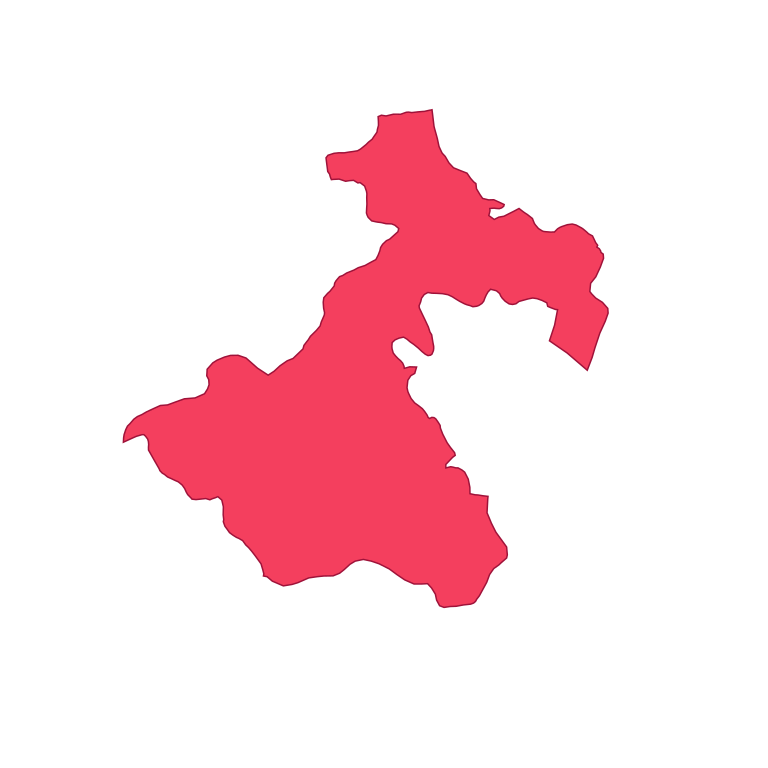 outline of Qalyub, Al Qalyubiyah, Egypt, rotated 240°
{"feature_id": "37247803B25886032732937", "entity_name": "Qalyub", "entity_type": "district", "adm_level": 2, "iso_a3": "EGY", "parent_name": "Egypt", "parent_adm1": "Al Qalyubiyah", "projection": "natural_earth1", "projection_center": [31.243, 30.207], "detail": "fine", "context": "isolated", "style": "filled", "palette": "rose", "viewbox_px": 768, "rotation_deg": 240, "n_neighbors": 0, "source": "geoboundaries", "source_scale": "gbopen_adm2", "svg_char_len": 5991}
<svg xmlns="http://www.w3.org/2000/svg" viewBox="0 0 768 768"><g transform="rotate(240 384 384)"><path d="M587.3,440.6L586.6,442.3L583.9,447.6L578.8,452.1L577.4,455.7L575.6,459.5L571.2,461.9L570.4,464.0L565.1,466.2L559.8,465.2L557.3,464.3L554.0,462.2L548.4,459.2L545.1,457.0L540.9,454.3L538.6,453.8L536.2,453.6L531.4,454.9L528.3,458.3L527.4,459.4L525.2,462.3L521.8,465.9L518.9,470.6L516.1,472.8L511.3,474.5L508.9,472.2L507.4,465.1L506.6,461.3L506.9,457.7L505.7,452.7L503.9,449.3L501.5,447.1L498.3,443.1L495.8,439.1L496.0,434.2L496.1,428.9L496.1,426.9L497.6,419.8L497.7,414.9L498.8,407.2L498.6,402.5L499.2,399.2L498.7,397.7L497.4,394.1L496.0,391.7L493.8,389.9L491.3,383.5L490.7,380.5L488.8,375.0L485.3,372.3L483.3,371.3L479.8,369.6L475.5,368.2L473.6,366.8L469.0,360.6L466.2,357.7L464.2,352.2L462.1,344.1L460.1,340.4L459.3,338.3L457.5,334.0L454.9,331.4L451.6,318.0L452.5,311.7L451.8,303.2L450.0,295.2L449.6,288.1L460.9,282.4L475.5,277.5L481.8,272.0L485.5,265.4L487.1,259.3L488.1,251.3L487.9,246.3L485.2,238.2L482.4,236.4L479.7,234.6L475.4,234.4L470.9,232.2L468.0,228.8L465.3,223.7L465.6,220.9L466.4,213.4L471.0,203.7L472.7,194.3L474.1,186.1L477.2,179.6L477.9,172.5L478.6,164.3L478.6,158.8L479.1,154.1L478.6,149.7L476.7,144.3L475.8,140.8L473.5,137.4L471.6,135.3L470.2,133.7L467.6,131.6L463.9,129.2L462.9,139.8L462.5,143.4L461.1,149.1L460.2,150.7L458.0,151.4L454.5,151.8L452.0,151.2L449.2,149.9L447.2,148.5L444.5,147.0L441.5,147.0L431.3,146.9L423.1,146.9L421.0,146.6L417.7,147.4L415.6,148.6L411.7,150.1L408.5,152.4L404.6,155.1L402.2,156.9L397.4,158.7L393.1,159.1L389.3,158.7L386.3,158.7L381.7,159.9L380.3,160.1L377.9,163.4L373.9,172.4L370.8,175.3L370.5,177.9L369.8,181.3L369.5,183.8L364.6,185.5L358.0,183.5L351.1,179.3L346.7,177.4L345.1,176.0L340.3,175.1L336.1,175.6L332.5,175.9L328.6,177.6L325.0,179.5L323.0,181.0L319.0,183.3L313.8,183.8L310.2,184.9L305.4,185.8L299.4,186.6L289.8,187.6L283.9,186.2L279.7,185.0L278.0,183.6L275.6,186.4L269.1,188.7L259.5,195.9L256.4,204.1L255.0,210.1L253.7,221.9L250.5,229.9L247.8,235.9L243.3,244.0L242.3,251.0L243.3,257.3L244.9,264.5L244.9,265.6L245.0,270.5L242.4,278.4L237.0,284.4L230.7,289.9L221.2,296.1L212.7,299.8L204.0,304.0L195.8,310.0L192.1,316.4L189.3,321.9L183.6,323.2L176.3,323.4L170.5,321.5L164.2,321.3L160.5,324.3L158.3,329.9L155.4,335.4L153.0,342.2L150.0,349.0L149.5,352.0L149.7,353.5L150.2,355.1L151.1,356.3L152.9,360.7L153.7,362.0L160.9,373.8L162.8,376.1L166.2,380.2L167.1,382.1L169.3,386.8L169.9,393.1L170.6,396.0L172.0,403.2L174.4,405.4L176.6,406.4L181.5,408.7L189.3,407.9L198.7,406.9L199.9,406.8L210.0,407.4L212.0,407.7L219.1,408.6L220.9,408.8L232.6,416.4L234.7,417.9L237.5,414.1L240.9,409.9L241.1,409.6L241.3,409.3L242.4,407.6L246.0,403.6L251.6,406.7L259.5,409.4L267.3,409.8L270.6,408.5L274.3,406.2L275.5,404.2L277.5,402.2L279.0,400.4L280.4,395.6L281.5,396.2L283.4,397.3L285.9,405.7L286.3,407.5L286.6,410.0L289.2,410.8L296.0,409.8L301.6,409.3L311.2,409.8L317.6,410.8L320.1,411.9L323.7,411.8L328.0,411.4L329.9,410.5L331.2,408.7L331.3,406.3L332.9,405.5L335.5,405.8L339.6,405.5L343.4,404.9L347.9,403.1L352.3,401.1L357.9,400.2L363.4,400.6L365.6,400.9L369.3,402.1L375.3,406.5L377.8,411.4L377.8,415.9L382.4,420.7L386.0,414.9L387.4,409.4L389.3,410.2L392.7,410.6L395.9,410.0L399.0,408.9L402.7,408.0L406.3,407.5L410.5,408.6L412.6,409.6L415.8,411.8L416.7,415.7L416.2,420.0L414.8,424.4L411.4,426.3L407.4,427.7L403.4,429.6L397.9,431.7L393.2,433.1L389.2,434.6L386.6,436.3L385.7,438.7L385.9,440.5L388.2,443.5L389.9,444.8L391.9,445.9L395.7,447.2L402.8,449.9L406.1,449.8L411.1,450.9L418.0,451.5L427.2,452.2L432.0,452.6L433.3,453.1L434.2,453.5L436.8,456.8L439.6,459.5L441.4,463.6L441.3,467.7L438.7,470.9L436.1,475.1L433.0,479.8L429.3,484.1L425.4,486.8L421.7,488.7L417.7,490.9L413.2,493.8L411.1,495.5L408.8,497.8L406.5,499.6L405.0,503.1L404.6,505.4L404.8,509.0L405.8,511.7L408.1,514.5L410.0,517.1L411.8,520.3L412.3,522.3L412.8,523.6L410.8,525.7L408.5,528.0L404.5,529.4L402.0,529.1L399.2,529.3L395.1,530.3L390.8,532.4L388.6,535.1L387.5,538.4L388.0,542.2L385.8,550.7L385.4,552.0L384.1,555.8L381.3,559.3L377.3,562.7L372.9,565.6L369.4,564.6L367.2,566.2L362.8,569.8L361.6,571.5L349.7,561.2L338.7,548.9L319.3,558.1L294.3,566.9L302.9,577.5L309.9,584.8L320.2,596.4L327.8,607.1L328.5,607.9L333.3,613.5L337.6,615.6L345.5,614.0L352.6,610.3L358.2,608.9L361.2,608.5L363.0,609.8L367.9,613.3L370.9,621.0L377.1,629.8L383.1,637.0L386.9,638.8L389.4,637.7L391.2,638.2L392.5,638.1L393.5,638.1L396.1,636.8L397.3,638.4L400.7,638.0L404.0,638.3L408.0,638.6L410.9,636.8L412.1,636.1L413.1,635.9L415.8,635.0L418.8,633.9L420.4,633.1L423.0,631.5L425.7,629.8L428.4,627.0L429.4,624.6L430.3,622.4L430.9,619.4L431.5,616.4L431.7,614.3L431.6,611.9L430.4,607.5L431.1,606.5L432.0,604.6L434.0,601.7L435.1,600.1L436.3,598.5L437.4,597.6L441.4,595.5L444.7,594.9L445.7,594.7L447.8,594.5L451.4,595.0L453.1,595.3L456.1,594.1L459.1,592.9L461.0,591.9L463.3,590.8L468.5,588.7L468.7,582.6L469.0,577.7L469.3,571.8L471.1,566.9L471.4,561.7L472.8,561.1L473.7,560.7L474.8,560.2L476.1,559.6L477.5,559.0L479.5,561.0L481.0,562.4L483.1,563.3L482.3,565.1L481.2,567.3L480.1,568.7L478.2,571.5L477.7,573.8L477.8,575.0L478.1,576.6L479.3,577.8L480.1,577.3L488.7,571.2L491.1,566.7L495.4,562.2L500.2,561.8L501.1,561.8L506.8,561.7L511.6,563.8L514.0,562.8L515.8,562.4L518.8,561.8L525.1,561.3L530.7,556.8L533.8,554.4L536.5,552.3L539.1,551.7L543.1,550.8L550.5,550.8L554.8,549.8L556.7,549.9L562.2,550.4L569.9,552.9L572.9,553.7L579.9,555.5L582.3,556.2L583.2,556.6L589.5,559.3L593.0,560.8L597.5,562.7L597.8,561.6L598.3,560.4L599.9,555.3L601.0,553.1L602.8,549.2L605.2,543.7L607.2,541.2L608.2,539.1L609.3,533.2L611.2,530.1L613.0,526.9L615.1,519.8L618.1,516.1L618.2,514.9L618.5,512.6L614.3,510.5L610.7,508.5L607.7,505.5L606.0,504.2L605.4,503.4L603.4,499.1L601.9,496.1L601.2,491.5L600.3,488.1L599.6,483.7L599.2,481.1L599.2,477.7L600.8,473.5L602.4,469.6L604.1,465.1L606.8,460.5L608.8,456.0L610.1,449.9L608.9,446.9L606.4,445.8L596.1,441.5L593.1,441.8L590.0,441.0L587.3,440.6Z" fill="#f43f5e" stroke="#9f1239" stroke-width="1.5"/></g></svg>